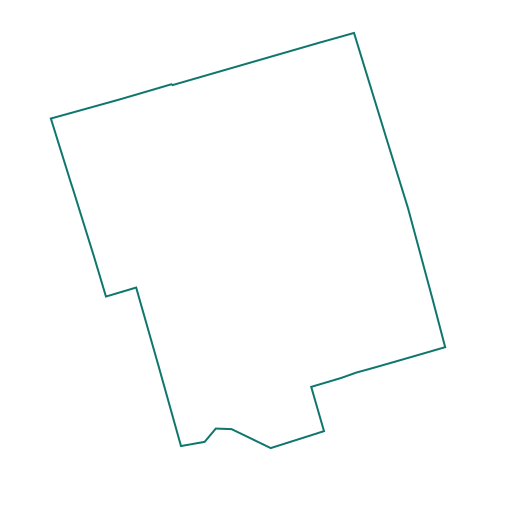 outline of Morgan, Indiana, United States of America, rotated 254°
{"feature_id": "52423323B18184838722904", "entity_name": "Morgan", "entity_type": "district", "adm_level": 2, "iso_a3": "USA", "parent_name": "United States of America", "parent_adm1": "Indiana", "projection": "natural_earth1", "projection_center": [-86.497, 39.486], "detail": "fine", "context": "isolated", "style": "outline", "palette": "teal", "viewbox_px": 512, "rotation_deg": 254, "n_neighbors": 0, "source": "geoboundaries", "source_scale": "gbopen_adm2", "svg_char_len": 505}
<svg xmlns="http://www.w3.org/2000/svg" viewBox="0 0 512 512"><g transform="rotate(254 256 256)"><path d="M68.9,273.1L115.0,273.0L115.3,304.4L116.3,320.1L116.1,342.0L116.2,406.0L116.2,412.7L165.0,413.8L259.6,415.3L331.4,413.8L443.4,411.7L443.6,376.0L443.3,222.9L444.4,222.0L444.1,167.5L444.7,96.7L378.8,98.2L370.5,98.5L299.9,100.1L283.3,100.3L258.4,100.6L258.7,132.1L177.5,132.0L94.0,131.5L91.5,155.4L101.2,169.8L96.3,184.8L67.3,217.2L68.9,273.1Z" fill="none" stroke="#0f766e" stroke-width="2"/></g></svg>